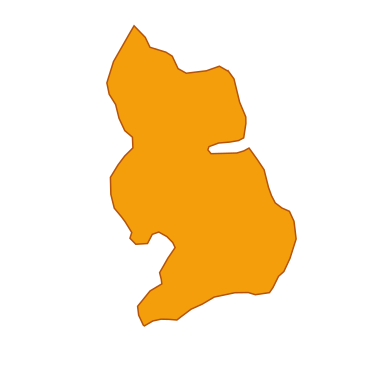 outline of Janggang, Chagang-do, North Korea, rotated 197°
{"feature_id": "82179303B52063530776064", "entity_name": "Janggang", "entity_type": "district", "adm_level": 2, "iso_a3": "PRK", "parent_name": "North Korea", "parent_adm1": "Chagang-do", "projection": "albers", "projection_center": [126.732, 41.061], "detail": "fine", "context": "isolated", "style": "filled", "palette": "amber", "viewbox_px": 384, "rotation_deg": 197, "n_neighbors": 0, "source": "geoboundaries", "source_scale": "gbopen_adm2", "svg_char_len": 1308}
<svg xmlns="http://www.w3.org/2000/svg" viewBox="0 0 384 384"><g transform="rotate(197 192 192)"><path d="M198.4,50.0L191.8,57.2L184.5,61.3L177.1,63.4L169.0,65.2L166.0,69.5L158.6,79.7L149.4,87.8L140.1,98.0L129.0,104.1L121.6,108.2L108.8,112.3L101.4,112.3L88.5,118.4L87.1,122.8L86.6,124.5L84.6,136.7L80.9,142.8L78.9,157.1L78.8,167.3L78.7,177.5L82.3,185.7L85.9,193.8L93.2,202.0L101.4,203.0L109.2,205.9L114.9,211.7L120.2,218.8L129.6,234.4L139.8,242.7L150.3,250.7L154.4,246.5L160.5,242.4L172.7,238.3L185.0,234.2L189.2,237.0L189.0,240.4L180.9,246.6L170.7,250.7L162.5,254.8L158.4,258.9L160.5,273.3L162.5,279.5L172.7,291.8L178.8,302.1L184.9,312.4L193.1,318.6L193.4,318.2L202.6,320.3L213.7,312.1L223.0,308.0L232.2,303.9L241.4,305.9L250.6,316.1L257.9,318.1L265.3,318.1L274.5,318.1L281.9,326.2L296.0,334.0L297.8,326.4L301.5,310.1L305.2,293.8L305.3,275.5L305.3,271.4L304.1,269.2L299.8,261.3L290.6,253.3L283.3,241.1L274.2,231.0L265.0,227.0L261.4,216.9L266.9,206.7L270.6,196.5L274.3,182.2L268.9,166.0L261.6,153.8L252.4,147.8L247.0,143.8L237.8,135.7L237.8,129.6L230.5,125.6L219.5,129.7L217.6,139.9L212.1,144.0L202.9,142.0L195.6,138.0L191.9,133.9L195.7,121.7L197.5,113.6L199.4,105.4L195.8,99.4L194.0,95.3L203.2,85.1L210.6,66.8L207.0,58.6L199.7,50.5L198.4,50.0Z" fill="#f59e0b" stroke="#b45309" stroke-width="1.5"/></g></svg>